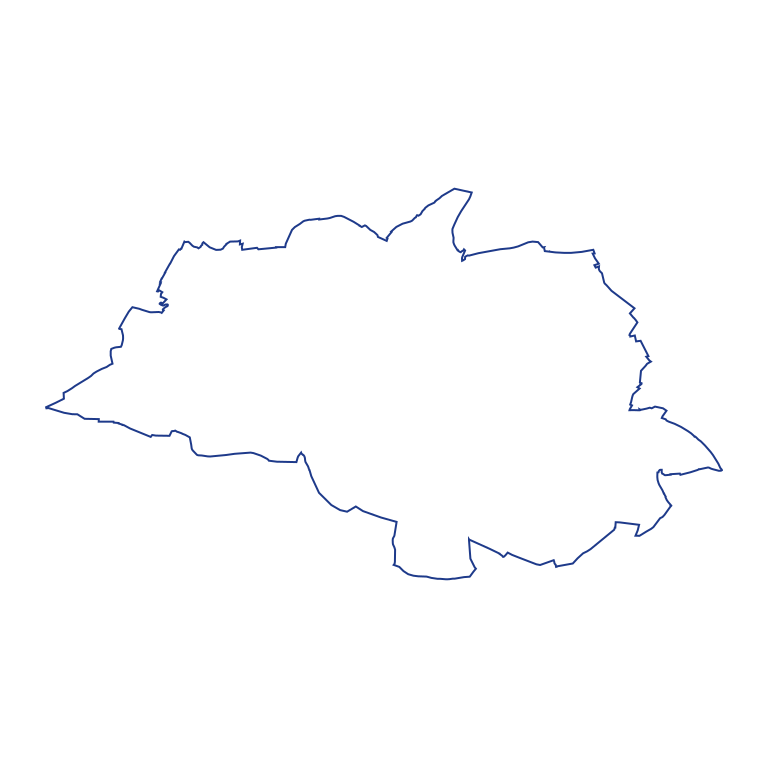 the district of Valkenburg aan de Geul, Limburg, Netherlands
{"feature_id": "6326949B26894869293479", "entity_name": "Valkenburg aan de Geul", "entity_type": "district", "adm_level": 2, "iso_a3": "NLD", "parent_name": "Netherlands", "parent_adm1": "Limburg", "projection": "natural_earth1", "projection_center": [5.825, 50.861], "detail": "fine", "context": "isolated", "style": "outline", "palette": "blue", "viewbox_px": 768, "rotation_deg": 0, "n_neighbors": 0, "source": "geoboundaries", "source_scale": "gbopen_adm2", "svg_char_len": 6095}
<svg xmlns="http://www.w3.org/2000/svg" viewBox="0 0 768 768"><path d="M84.6,418.8L98.8,419.1L98.7,421.7L113.5,421.7L113.7,422.6L118.6,423.0L118.6,423.5L122.5,424.7L122.5,425.0L124.0,425.2L130.1,428.5L150.7,436.9L152.2,435.0L155.9,435.6L169.5,435.8L171.7,431.3L173.0,431.0L173.8,431.1L175.2,430.6L177.3,431.9L177.8,431.9L181.9,433.4L182.2,433.7L185.3,434.9L189.8,437.4L191.2,444.7L191.7,448.4L192.0,449.3L192.7,450.4L196.6,454.5L197.2,455.0L198.3,455.3L201.8,455.5L207.8,456.4L210.2,456.5L226.1,455.0L234.7,453.8L250.6,452.6L253.5,453.1L260.8,455.6L267.2,458.9L268.3,459.8L268.9,460.7L276.8,461.7L296.4,462.1L297.6,457.8L298.2,456.3L301.1,452.6L301.3,453.2L301.9,454.0L302.7,454.7L302.8,454.6L303.7,455.3L304.4,456.4L304.9,458.0L305.2,460.8L305.5,462.0L308.0,466.3L308.5,467.6L309.0,469.4L308.9,469.7L308.5,469.7L309.5,470.0L311.3,476.2L319.0,492.8L331.3,505.0L340.1,510.1L347.1,511.7L355.8,506.5L363.0,511.1L381.0,517.5L396.6,521.9L394.5,535.0L394.3,535.9L392.9,538.5L392.7,540.0L392.8,543.1L393.0,544.4L394.4,547.4L395.1,549.7L394.9,561.8L394.6,563.7L393.7,564.9L399.3,566.9L403.5,571.1L408.2,574.2L413.4,575.7L418.3,576.3L426.6,576.6L431.4,577.9L437.5,578.8L440.0,578.8L446.2,579.3L449.0,579.2L452.6,578.7L454.5,578.7L464.1,577.1L469.7,576.7L469.9,576.5L473.5,571.6L475.9,568.7L474.7,567.3L470.4,558.7L469.0,540.1L469.0,539.3L469.2,539.6L489.6,548.8L499.1,553.4L499.0,553.5L502.1,555.7L503.1,556.9L503.9,556.7L505.3,555.4L507.7,552.6L512.1,554.9L518.7,557.5L536.4,564.3L540.1,565.0L553.7,560.2L554.2,561.6L554.5,563.3L555.0,564.1L555.6,564.6L556.1,566.9L557.1,566.6L557.3,566.3L572.8,563.5L577.6,558.3L583.1,553.3L587.2,551.3L590.6,549.1L614.2,529.7L614.8,527.6L615.3,527.6L615.7,522.2L619.8,522.4L639.1,524.8L637.7,530.4L635.5,535.7L639.5,535.8L646.3,531.6L651.2,528.8L653.4,527.1L660.1,518.2L662.5,517.0L664.4,515.0L670.2,506.9L671.1,505.9L670.7,505.5L671.0,505.3L668.3,502.2L666.8,500.1L665.5,497.3L665.7,496.5L665.1,495.8L664.3,494.0L664.0,493.4L663.8,493.5L662.5,490.4L659.4,485.1L658.6,483.3L657.6,480.0L657.3,477.0L657.4,472.5L658.5,472.3L658.8,471.1L659.7,470.0L660.4,469.8L661.7,469.8L661.7,472.3L662.2,473.6L663.0,473.9L664.7,475.1L665.6,475.2L670.6,474.7L670.5,474.2L679.9,473.6L680.4,474.8L690.3,472.3L697.8,469.9L699.0,469.1L699.4,469.3L707.9,467.5L708.9,467.6L711.2,468.7L712.8,469.2L718.9,470.8L721.0,470.7L721.9,470.2L721.8,469.7L720.3,467.9L718.3,463.6L717.0,461.5L713.0,455.1L710.6,451.9L705.0,445.5L700.8,441.3L698.4,439.6L696.1,437.3L695.2,436.6L694.7,436.8L694.4,436.6L694.4,436.3L691.2,433.4L687.9,431.1L681.0,426.9L674.6,423.8L668.6,421.6L666.5,420.5L665.7,419.3L661.8,418.0L662.5,416.3L666.5,410.7L663.0,408.3L655.0,406.6L651.7,408.3L649.8,407.7L646.6,408.6L642.4,409.5L640.5,409.8L639.6,409.3L639.9,410.2L639.4,410.3L633.1,410.1L629.5,410.2L629.8,409.2L632.0,405.4L630.2,404.6L631.1,402.0L632.2,397.1L632.7,395.4L633.3,394.1L639.6,388.5L637.4,387.2L641.0,384.4L640.5,384.0L641.4,383.2L639.9,382.4L641.0,370.8L645.6,365.8L647.1,363.8L650.9,361.6L649.3,360.4L646.3,356.7L648.4,356.1L640.6,340.8L636.1,341.4L634.8,335.5L630.4,336.5L630.4,335.8L629.5,335.3L629.6,334.4L630.2,333.3L637.4,322.4L635.6,319.9L633.8,317.8L633.5,317.7L629.9,313.4L634.5,308.3L611.5,290.8L606.5,285.2L604.7,283.5L604.2,282.6L602.0,273.3L599.8,271.1L599.0,269.6L598.8,268.5L599.0,266.4L595.7,267.6L594.4,265.2L598.8,263.7L595.0,258.3L592.7,253.6L594.6,253.4L593.3,249.8L581.7,251.9L570.7,252.9L564.8,252.9L555.3,252.4L549.7,251.7L549.5,251.4L549.0,251.6L544.8,251.1L544.0,247.5L544.2,247.2L542.7,247.4L538.1,242.1L532.6,241.6L528.2,242.3L518.1,246.4L513.7,247.6L509.9,248.3L500.4,249.2L478.4,253.2L469.1,255.6L467.7,255.4L465.2,256.7L465.0,259.1L463.2,260.3L462.1,260.8L462.0,258.4L462.2,257.2L465.1,250.5L464.0,249.4L463.7,250.1L461.6,251.4L460.7,252.2L459.7,251.8L458.6,251.1L457.9,250.0L457.5,250.2L454.6,245.5L453.9,243.9L453.4,242.3L453.4,240.9L453.6,237.8L452.5,232.8L452.4,230.1L452.5,228.9L454.3,224.6L457.7,217.2L461.2,211.1L469.0,199.3L470.3,196.5L471.7,192.5L454.4,188.7L442.0,195.9L439.4,198.3L435.9,200.7L435.8,201.0L435.0,201.5L434.7,202.3L434.2,202.7L428.4,205.4L425.2,207.9L424.7,208.9L423.9,209.5L423.7,209.9L422.5,211.0L420.6,214.3L418.5,215.7L417.1,215.2L416.2,216.5L415.9,217.3L414.8,217.9L412.2,220.6L410.5,221.5L402.6,223.7L396.4,226.9L391.1,231.6L391.6,232.0L386.7,237.9L387.5,238.5L386.7,240.9L377.9,236.9L377.5,235.2L376.3,234.0L374.1,232.0L370.3,229.9L366.2,226.0L364.9,225.4L361.8,227.0L359.6,225.8L359.7,225.6L353.6,221.8L344.1,216.9L341.2,215.9L337.5,215.9L335.2,216.2L329.8,218.0L327.4,218.5L319.2,219.5L319.2,218.7L310.7,219.8L309.4,219.7L304.7,220.7L303.3,221.3L299.9,223.9L294.8,227.1L292.0,229.9L285.8,243.7L285.2,247.1L276.1,247.1L276.2,247.6L258.4,249.3L257.0,247.8L242.2,249.8L241.8,247.1L242.7,243.7L239.9,244.4L240.1,240.6L238.0,241.4L230.1,241.6L226.4,243.9L226.5,244.2L224.1,246.7L222.9,248.6L220.6,249.7L216.1,249.9L209.7,247.3L203.5,242.2L202.8,242.8L202.3,243.6L202.3,244.8L201.2,245.6L200.6,246.9L198.5,248.3L197.2,247.4L193.9,246.7L192.4,245.7L189.6,242.8L188.3,241.8L185.1,242.1L184.4,241.6L181.4,248.7L181.0,248.6L180.0,249.8L178.9,249.4L174.0,256.1L170.1,263.7L169.9,263.7L164.9,272.6L165.2,272.7L161.8,278.7L161.6,278.6L160.1,281.9L160.9,282.2L160.0,283.7L160.5,283.8L157.1,291.3L158.0,291.5L159.1,290.3L162.3,292.2L161.0,293.9L160.7,296.8L163.5,297.8L166.5,299.4L162.7,303.4L161.0,302.6L160.1,303.1L159.7,303.5L159.7,303.9L161.0,304.8L163.1,305.6L165.7,304.5L167.3,304.4L167.7,304.6L167.9,305.0L167.5,306.1L165.3,307.2L163.1,309.1L162.8,309.6L162.9,310.0L163.7,310.4L161.7,312.9L160.9,312.4L158.7,312.0L151.0,312.3L149.5,312.1L142.0,309.8L139.3,308.8L132.4,307.2L128.8,311.6L124.7,318.5L119.1,328.6L119.2,328.8L119.9,329.0L121.5,329.2L123.0,335.4L123.1,338.2L122.9,340.3L121.7,345.2L120.9,346.8L116.1,347.3L114.4,347.7L111.3,348.9L110.7,351.2L110.7,355.6L112.5,363.7L109.9,364.8L106.6,367.0L101.8,368.9L96.5,371.6L93.5,373.5L91.1,375.9L88.4,377.8L75.0,386.0L72.0,388.2L67.4,391.1L63.6,392.9L63.9,398.7L55.7,402.8L46.1,407.2L46.4,408.3L48.6,408.1L64.1,412.8L72.3,414.2L77.4,414.3L84.6,418.8Z" fill="none" stroke="#1e3a8a" stroke-width="2"/></svg>